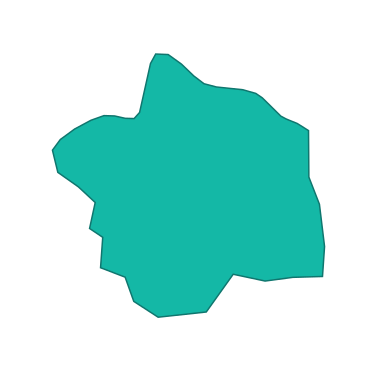 the border of Zombo, rotated 102°
{"feature_id": "UGA-5589", "entity_name": "Zombo", "entity_type": "District", "adm_level": 1, "iso_a3": "UGA", "parent_name": "Uganda", "parent_adm1": "", "projection": "albers", "projection_center": [30.853, 2.535], "detail": "fine", "context": "isolated", "style": "filled", "palette": "teal", "viewbox_px": 384, "rotation_deg": 102, "n_neighbors": 0, "source": "natural_earth", "source_scale": "10m", "svg_char_len": 658}
<svg xmlns="http://www.w3.org/2000/svg" viewBox="0 0 384 384"><g transform="rotate(102 192 192)"><path d="M180.1,337.2L168.0,331.7L154.7,319.8L142.8,305.7L135.6,294.0L133.7,283.5L133.8,272.6L132.2,263.9L125.1,259.8L74.9,259.3L64.6,256.2L62.5,243.9L69.1,228.9L78.1,214.4L83.6,202.8L84.2,190.0L81.4,163.5L82.3,150.1L85.3,142.8L99.3,120.9L100.9,115.4L101.5,112.4L103.1,103.3L107.7,90.8L153.1,80.8L177.5,64.8L217.8,51.0L247.5,46.8L254.5,75.6L263.9,102.0L263.9,134.6L306.4,153.1L321.5,199.1L311.1,226.2L289.2,239.7L285.1,265.7L254.9,269.9L249.0,284.6L222.4,284.5L210.6,304.2L200.7,327.3L180.1,337.2Z" fill="#14b8a6" stroke="#0f766e" stroke-width="1.5"/></g></svg>